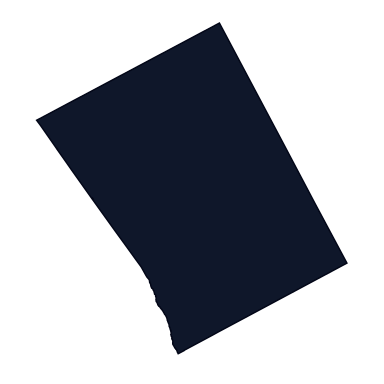 Maralinga Tjarutja, South Australia, Australia (Mercator projection), rotated 62°
{"feature_id": "25037944B7661444660063", "entity_name": "Maralinga Tjarutja", "entity_type": "district", "adm_level": 2, "iso_a3": "AUS", "parent_name": "Australia", "parent_adm1": "South Australia", "projection": "mercator", "projection_center": [132.165, -29.44], "detail": "fine", "context": "isolated", "style": "filled", "palette": "ink", "viewbox_px": 384, "rotation_deg": 62, "n_neighbors": 0, "source": "geoboundaries", "source_scale": "gbopen_adm2", "svg_char_len": 2807}
<svg xmlns="http://www.w3.org/2000/svg" viewBox="0 0 384 384"><g transform="rotate(62 192 192)"><path d="M55.7,88.5L55.7,159.6L55.7,259.3L55.7,295.5L62.1,294.5L90.3,291.1L90.2,290.7L90.8,290.6L90.8,291.1L105.0,289.3L115.8,288.0L150.6,283.5L150.5,282.7L151.2,282.6L152.0,282.5L152.1,283.3L190.7,278.1L212.1,275.1L226.0,273.2L233.6,272.1L234.5,272.0L244.3,271.8L246.1,271.7L249.1,271.0L249.3,271.0L249.6,271.0L250.9,271.4L251.5,271.7L252.2,271.8L252.3,271.9L252.5,271.9L252.9,271.8L253.2,271.8L253.4,271.8L253.6,271.8L253.8,271.8L254.2,271.9L254.4,272.0L254.6,272.0L254.8,272.1L255.0,272.2L255.3,272.3L255.6,272.4L256.3,272.5L256.5,272.6L256.9,272.6L257.1,272.5L257.4,272.6L257.6,272.7L257.9,272.7L258.0,272.7L258.3,272.5L258.5,272.4L258.8,272.2L259.1,272.1L259.4,272.1L259.6,272.1L260.0,272.3L260.5,272.2L260.8,272.3L261.1,272.2L261.4,272.1L261.7,272.2L264.1,272.8L264.7,273.0L264.9,272.9L265.1,272.9L265.4,272.6L265.8,272.5L266.1,272.5L266.3,272.6L267.0,272.9L267.1,273.1L267.3,273.2L267.5,273.2L268.1,273.1L268.4,273.3L268.6,273.4L269.0,273.5L269.6,273.9L269.7,274.1L270.4,274.5L271.3,274.7L271.7,274.9L271.8,275.0L272.0,275.0L272.4,274.9L272.7,274.7L273.1,274.8L273.4,274.7L273.6,274.7L273.8,274.8L274.0,274.9L274.3,274.9L274.6,274.9L275.1,275.0L275.3,275.1L275.7,275.1L276.1,275.1L276.4,275.0L276.7,275.0L277.1,274.9L277.4,274.9L277.6,274.7L278.0,274.4L278.4,274.4L278.6,274.4L279.2,274.3L279.4,274.3L280.0,274.2L280.3,274.1L280.6,274.0L280.8,274.1L281.1,274.0L281.4,273.8L281.6,273.7L281.9,273.7L282.5,273.8L284.0,273.5L284.8,273.6L286.3,273.5L287.1,273.6L287.9,273.3L288.3,273.3L288.6,273.3L289.2,273.3L289.6,273.2L292.4,273.5L293.4,274.0L293.8,274.0L294.8,274.1L295.3,274.2L295.5,274.3L295.9,274.2L296.2,274.2L296.6,274.3L296.8,274.4L297.0,274.4L297.8,274.4L298.7,274.6L299.2,274.9L299.7,275.2L300.5,275.2L300.8,275.3L301.4,275.3L301.7,275.4L302.0,275.4L302.8,275.6L303.0,275.7L303.3,275.7L303.5,275.8L303.9,275.8L304.7,276.0L304.7,275.7L305.1,275.8L305.1,276.1L305.8,276.3L306.9,276.6L307.2,276.9L307.6,277.1L307.9,277.4L307.9,277.5L308.0,277.5L308.5,277.6L308.8,277.8L309.2,277.9L309.4,278.0L309.5,278.0L309.9,277.9L310.5,277.8L311.3,278.2L311.6,278.5L311.9,278.6L312.0,278.6L312.4,278.6L312.6,278.7L312.8,278.8L312.9,278.7L313.0,278.6L313.5,278.6L313.8,278.8L314.6,278.9L314.8,278.9L315.0,279.0L315.5,279.5L316.1,279.7L316.7,280.1L316.9,280.2L317.4,280.4L317.5,280.4L318.2,280.3L318.7,280.4L319.4,280.3L320.0,280.3L320.3,280.3L321.0,280.3L321.6,280.4L322.1,280.0L322.9,280.0L323.3,280.1L323.9,279.8L324.0,279.8L324.3,279.7L324.6,279.7L324.8,279.8L325.1,279.8L325.5,279.9L325.8,279.9L326.4,280.1L327.9,280.0L328.2,280.2L328.3,280.1L328.3,273.6L328.1,273.6L328.0,241.2L327.9,235.1L327.8,192.3L327.5,88.6L259.9,88.8L191.8,88.6L55.7,88.5Z" fill="#0f172a" stroke="#020617" stroke-width="1.5"/></g></svg>